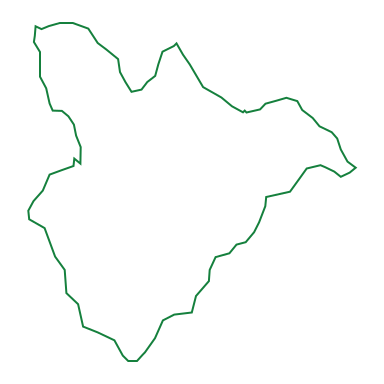 outline of Alassa, Limassol, Cyprus
{"feature_id": "46923920B84762043089048", "entity_name": "Alassa", "entity_type": "district", "adm_level": 2, "iso_a3": "CYP", "parent_name": "Cyprus", "parent_adm1": "Limassol", "projection": "robinson", "projection_center": [32.925, 34.757], "detail": "fine", "context": "isolated", "style": "outline", "palette": "green", "viewbox_px": 384, "rotation_deg": 0, "n_neighbors": 0, "source": "geoboundaries", "source_scale": "gbopen_adm2", "svg_char_len": 1259}
<svg xmlns="http://www.w3.org/2000/svg" viewBox="0 0 384 384"><path d="M176.5,43.4L173.9,46.0L162.5,51.7L158.3,64.4L155.2,75.9L147.3,82.0L141.5,89.6L131.5,91.8L125.5,82.2L120.0,72.1L118.1,59.1L106.7,49.8L97.7,43.0L88.3,28.6L72.8,23.0L59.8,23.0L48.8,26.1L41.5,29.1L35.6,26.3L34.8,35.9L33.9,42.0L40.0,52.0L40.0,63.9L40.0,76.7L46.2,88.3L49.6,103.5L52.7,110.6L61.9,110.9L68.4,116.3L73.9,124.6L76.1,135.6L80.7,147.1L80.4,163.6L74.3,158.6L73.5,166.0L61.9,170.1L49.6,174.6L42.8,190.6L33.5,201.1L28.3,210.7L29.2,219.3L44.6,228.1L55.1,256.6L64.7,269.9L66.4,293.1L78.1,304.2L83.1,326.6L91.7,330.0L97.7,332.4L114.4,340.3L122.8,355.6L128.2,361.0L137.0,361.0L142.6,354.8L145.0,352.3L155.0,338.2L162.9,320.4L174.2,314.6L191.8,312.5L196.0,296.0L208.9,281.1L209.7,269.9L215.6,257.1L229.4,253.3L236.5,244.6L245.7,242.2L254.1,232.2L259.1,222.3L265.3,206.2L266.2,197.0L290.0,191.7L300.9,176.6L306.7,168.5L320.5,165.2L325.2,167.2L334.3,171.6L340.8,176.8L349.7,172.6L355.7,167.7L347.5,161.6L340.8,149.5L337.2,138.5L331.7,132.2L319.5,126.3L312.7,118.0L302.2,110.0L297.3,101.1L286.4,97.8L276.4,100.7L265.5,103.7L260.1,109.4L246.5,112.5L244.7,110.6L243.0,112.3L232.0,106.3L221.4,97.5L203.1,87.1L189.8,64.5L183.0,54.7L176.5,43.4Z" fill="none" stroke="#15803d" stroke-width="2"/></svg>